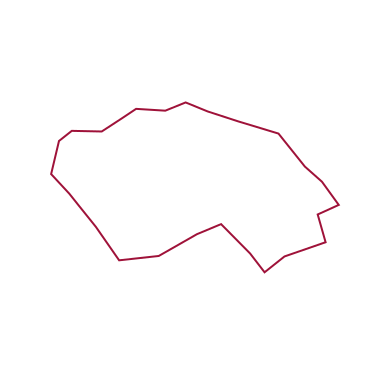 Agios Vasileios, Cyprus, rotated 36°
{"feature_id": "46923920B32976107487407", "entity_name": "Agios Vasileios", "entity_type": "district", "adm_level": 2, "iso_a3": "CYP", "parent_name": "Cyprus", "parent_adm1": "", "projection": "robinson", "projection_center": [33.19, 35.212], "detail": "fine", "context": "isolated", "style": "outline", "palette": "rose", "viewbox_px": 384, "rotation_deg": 36, "n_neighbors": 0, "source": "geoboundaries", "source_scale": "gbopen_adm2", "svg_char_len": 480}
<svg xmlns="http://www.w3.org/2000/svg" viewBox="0 0 384 384"><g transform="rotate(36 192 192)"><path d="M67.5,260.3L93.8,265.5L109.0,269.7L134.7,276.7L173.2,290.1L202.7,263.3L220.8,223.2L234.4,200.9L275.2,207.6L297.9,214.3L304.7,189.8L329.6,154.1L306.9,136.3L318.3,116.2L291.1,107.3L268.4,105.1L227.6,93.9L187.9,107.7L157.4,117.6L134.2,123.3L122.6,141.9L97.9,157.6L92.1,173.3L83.4,196.1L58.8,213.2L54.4,228.9L67.5,260.3Z" fill="none" stroke="#9f1239" stroke-width="2"/></g></svg>